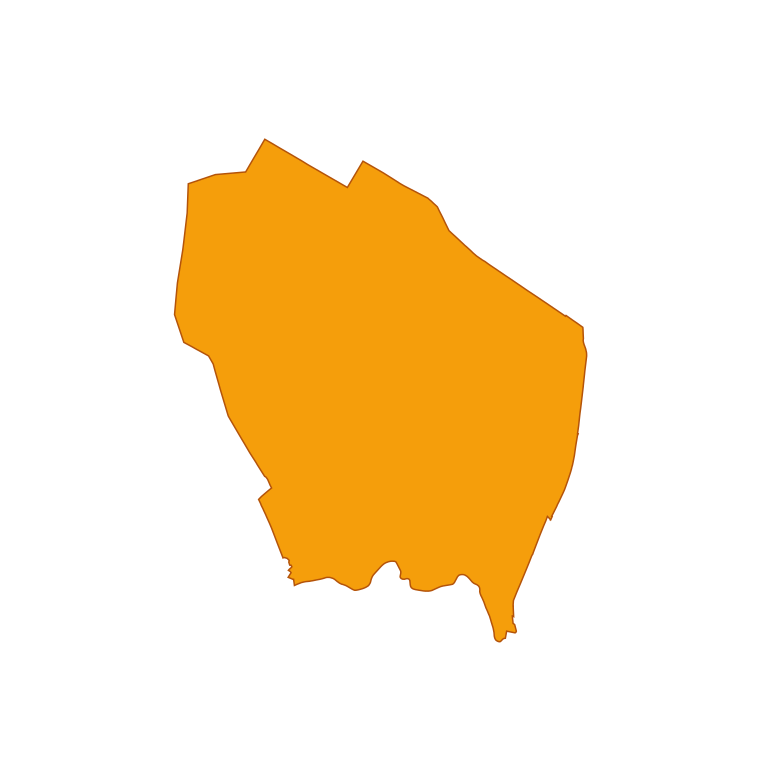 outline of Soest, Utrecht, Netherlands, rotated 143°
{"feature_id": "6326949B26493124022578", "entity_name": "Soest", "entity_type": "district", "adm_level": 2, "iso_a3": "NLD", "parent_name": "Netherlands", "parent_adm1": "Utrecht", "projection": "mercator", "projection_center": [5.308, 52.157], "detail": "fine", "context": "isolated", "style": "filled", "palette": "amber", "viewbox_px": 768, "rotation_deg": 143, "n_neighbors": 0, "source": "geoboundaries", "source_scale": "gbopen_adm2", "svg_char_len": 6063}
<svg xmlns="http://www.w3.org/2000/svg" viewBox="0 0 768 768"><g transform="rotate(143 384 384)"><path d="M448.1,115.3L448.4,114.6L448.7,113.2L448.8,112.6L448.7,112.1L448.7,111.8L448.4,110.9L447.9,109.9L447.5,109.3L447.1,108.9L446.6,108.5L446.5,108.4L446.0,108.3L445.7,108.3L444.6,108.4L443.2,108.7L442.7,108.7L441.7,108.7L441.2,108.5L440.1,107.9L437.5,110.3L434.8,112.8L429.1,106.4L428.7,106.3L428.2,106.3L427.3,106.8L427.1,106.9L426.9,107.3L424.6,112.8L424.5,113.0L424.5,113.3L424.6,113.8L424.8,114.7L425.0,115.1L421.9,120.3L421.1,121.6L420.8,121.4L420.6,120.9L420.4,120.3L415.4,127.6L414.4,128.9L414.5,129.0L413.6,130.1L411.0,133.1L410.6,133.4L403.0,138.0L394.5,142.9L382.1,150.2L375.4,154.2L369.9,157.6L369.0,158.1L367.6,158.6L366.2,159.6L350.1,169.7L341.6,174.8L337.2,177.3L335.5,178.4L333.2,179.9L332.9,178.2L332.7,175.9L332.8,175.7L332.7,175.7L332.6,175.4L332.6,175.2L329.5,176.9L329.8,177.4L329.8,177.5L329.7,177.5L329.7,177.4L320.6,181.9L319.6,182.4L318.1,183.3L315.4,184.6L307.2,188.9L305.7,189.7L303.2,191.1L299.8,193.3L295.3,196.3L288.8,200.8L286.9,202.2L285.2,203.5L283.8,204.7L282.3,205.8L279.1,208.6L275.0,212.3L268.9,218.4L268.8,218.5L265.9,221.3L260.1,226.8L259.7,226.8L258.9,227.4L259.4,227.8L254.8,232.4L253.7,233.5L246.6,241.1L244.4,243.4L242.8,245.0L242.5,245.3L241.7,246.1L236.7,251.3L226.2,262.3L225.8,262.8L219.5,269.5L219.4,269.6L218.0,271.1L215.7,273.6L212.9,276.5L205.5,284.2L204.8,285.1L203.9,286.4L203.4,287.2L202.9,288.2L202.3,289.7L202.0,290.4L201.9,290.4L200.6,294.6L200.6,294.8L200.4,295.3L200.3,295.6L200.0,296.3L199.8,296.9L199.4,297.7L198.6,299.1L197.7,300.0L197.4,300.3L194.9,304.0L192.1,308.0L191.1,309.6L192.9,315.4L195.1,322.0L196.4,326.1L197.4,329.2L198.3,328.9L207.0,354.5L212.9,371.4L213.7,373.7L218.2,387.1L221.9,397.8L227.5,414.2L228.4,416.9L228.7,417.9L229.0,418.9L229.6,420.9L230.0,421.9L230.4,422.8L231.0,424.3L233.1,430.7L234.0,435.0L234.4,437.7L234.5,438.4L235.2,442.1L235.6,444.2L236.0,445.8L237.7,455.8L239.2,463.8L239.8,467.4L238.2,475.7L237.9,477.2L236.9,482.0L235.7,488.9L234.8,493.3L235.0,494.7L235.7,498.4L236.2,501.6L236.9,504.6L237.1,506.0L239.1,510.1L248.7,530.1L249.6,532.2L250.6,534.6L253.4,542.2L257.5,553.0L261.7,562.9L266.7,574.6L295.0,563.0L312.9,605.2L315.3,611.4L323.1,630.1L325.5,635.8L327.1,639.7L331.9,651.2L342.3,646.8L352.3,642.7L359.5,639.7L362.8,638.3L366.9,636.6L392.6,652.7L395.0,653.5L419.8,661.7L438.3,639.0L440.8,636.4L458.0,618.4L464.0,612.2L488.2,589.0L499.3,576.8L509.5,565.5L518.8,537.7L515.1,529.7L512.8,524.4L511.9,522.5L507.2,512.0L508.3,503.3L508.4,502.7L510.9,496.5L516.1,483.0L518.3,477.4L520.7,470.9L527.6,452.3L527.9,450.4L530.7,426.4L531.1,422.6L532.6,409.6L533.5,397.8L533.7,396.4L534.5,387.0L534.9,382.0L534.5,381.4L534.4,381.0L534.3,380.3L534.3,379.5L534.3,378.6L534.4,377.6L534.5,377.2L534.9,375.5L535.4,373.4L535.8,371.9L536.4,368.6L540.1,368.5L548.4,368.0L549.7,367.9L553.6,367.3L554.5,362.8L555.1,360.8L555.7,357.4L556.2,355.3L557.2,350.5L557.5,349.4L557.8,348.1L558.1,346.8L559.3,341.5L560.2,337.9L560.5,336.7L562.1,331.1L564.3,323.5L565.0,321.1L569.3,305.9L568.9,305.9L568.6,305.7L567.7,305.0L567.2,304.3L566.4,303.2L566.2,302.9L566.2,302.5L566.1,301.9L565.9,300.6L565.9,300.1L566.2,300.0L566.7,299.4L567.2,299.1L568.3,296.1L567.7,295.5L567.3,295.3L567.3,295.2L567.5,293.6L567.7,293.4L568.6,293.2L570.0,293.1L571.2,293.0L572.5,292.7L571.8,290.9L571.7,290.4L571.7,289.9L571.8,289.2L576.9,287.3L574.1,282.5L573.8,282.4L574.7,280.7L576.8,277.0L575.4,276.7L574.1,276.4L570.9,275.5L569.7,275.2L567.8,274.4L566.9,274.0L565.3,273.2L562.4,271.4L560.8,270.6L559.3,269.8L555.9,268.2L552.7,266.6L550.6,265.7L549.1,265.1L546.7,264.3L546.4,264.1L546.0,263.9L545.4,263.5L544.4,262.7L543.9,262.3L543.4,261.8L542.7,260.8L541.9,259.7L541.5,259.0L541.2,258.2L540.9,257.4L540.4,255.3L540.2,254.3L539.8,253.2L539.5,252.1L539.2,251.4L538.9,250.8L538.6,250.2L538.4,249.8L537.5,248.7L536.4,247.0L535.8,246.1L535.6,245.6L535.1,244.6L533.0,239.5L532.6,238.7L531.9,237.4L531.7,237.1L531.0,236.5L530.0,235.9L528.2,235.0L524.9,233.7L523.1,233.1L521.8,232.8L520.9,232.6L518.3,232.3L517.8,232.4L517.0,232.5L516.2,232.8L514.8,233.4L514.4,233.6L513.4,234.4L511.8,235.7L510.7,236.4L509.5,237.1L508.1,237.7L507.4,237.9L506.1,238.2L496.1,240.1L494.4,240.3L493.0,240.4L491.9,240.4L491.1,240.3L490.2,240.2L489.2,239.9L487.8,239.5L487.0,239.2L485.9,238.7L485.0,238.2L484.1,237.6L483.4,237.0L482.8,236.5L482.3,236.1L481.9,235.4L481.7,235.1L481.6,234.8L481.6,234.6L481.6,234.3L481.9,232.1L483.1,225.2L483.3,224.5L483.6,223.9L484.0,223.4L484.3,223.0L484.8,222.5L486.6,220.9L486.9,220.6L487.1,220.3L487.3,220.0L487.3,219.7L487.4,219.4L487.4,218.8L487.3,218.5L487.3,218.3L487.1,217.9L486.9,217.4L486.8,217.2L486.6,217.0L486.2,216.6L485.2,215.8L483.4,215.1L483.0,214.9L482.5,214.5L482.3,214.3L481.8,213.8L481.6,213.4L481.5,212.9L481.5,212.5L481.5,212.1L481.6,211.6L481.7,211.4L483.9,207.8L484.5,206.5L484.6,205.9L484.7,205.4L484.7,204.8L484.6,204.4L484.5,204.0L484.3,203.4L484.2,203.1L483.9,202.7L483.7,202.3L483.3,201.8L482.7,201.0L480.1,198.2L476.8,194.8L475.7,193.8L474.1,192.6L473.2,191.9L472.0,191.2L471.2,190.8L470.0,190.3L469.1,190.1L464.6,189.1L462.0,188.5L460.6,188.1L458.4,187.2L452.1,183.9L450.6,183.2L449.7,182.8L449.0,182.8L448.5,182.8L446.9,183.2L446.6,183.4L442.9,185.1L441.9,185.6L441.1,185.9L440.6,186.0L439.8,186.1L439.3,186.2L439.0,186.1L438.2,185.9L437.6,185.6L436.5,185.0L436.1,184.7L435.6,184.2L435.0,183.7L434.8,183.4L434.5,182.9L434.3,182.6L433.9,181.6L433.5,180.6L433.4,180.2L433.3,179.7L433.2,179.1L433.0,177.6L432.9,176.3L432.7,172.9L432.6,172.5L432.4,171.6L432.1,170.6L431.8,170.0L430.8,168.2L430.6,167.9L430.4,167.2L430.2,166.5L430.0,165.5L430.1,165.1L430.1,164.6L430.2,164.2L430.3,163.9L430.5,163.3L430.7,163.0L431.0,162.5L431.2,162.1L432.4,160.7L432.6,160.4L432.9,159.7L433.4,158.6L433.6,157.8L433.9,156.8L434.4,154.1L434.8,152.4L435.5,149.5L436.2,147.4L437.3,143.9L438.0,140.7L439.0,136.9L439.3,135.4L439.8,134.0L440.4,132.3L441.5,129.5L443.6,123.7L444.3,122.2L445.5,119.7L446.6,117.9L447.6,116.4L448.1,115.3Z" fill="#f59e0b" stroke="#b45309" stroke-width="1.5"/></g></svg>